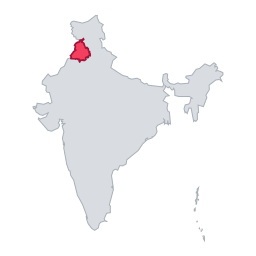 India, with Punjab highlighted
{"feature_id": "IND-3249", "entity_name": "Punjab", "entity_type": "State", "adm_level": 1, "iso_a3": "IND", "parent_name": "India", "parent_adm1": "", "projection": "natural_earth1", "projection_center": [75.648, 31.038], "detail": "fine", "context": "in_parent", "style": "filled", "palette": "rose", "viewbox_px": 256, "rotation_deg": 0, "n_neighbors": 0, "source": "natural_earth", "source_scale": "10m", "svg_char_len": 6654}
<svg xmlns="http://www.w3.org/2000/svg" viewBox="0 0 256 256"><path d="M33.0,106.8L36.7,105.9L37.1,103.2L43.8,104.3L48.3,102.4L49.8,103.8L52.0,102.5L49.5,92.5L47.0,92.2L45.9,90.6L46.3,86.0L42.1,84.1L42.4,81.1L48.1,74.0L50.6,76.5L57.6,74.5L60.7,68.3L64.4,66.1L67.5,59.0L70.3,57.8L70.9,55.1L75.6,50.4L74.9,49.2L75.1,44.2L80.1,41.1L79.5,39.9L76.0,38.9L75.8,36.8L73.9,36.8L73.5,35.0L71.6,33.5L72.6,31.0L71.5,29.3L73.2,27.5L71.0,26.5L71.5,25.2L70.3,24.1L71.4,22.0L73.6,21.1L82.5,23.1L88.1,21.3L95.8,15.4L97.3,15.5L97.1,17.3L99.2,22.3L103.3,24.7L101.7,27.0L102.3,31.0L104.4,33.6L105.0,38.9L103.1,40.0L101.7,38.1L99.7,38.7L101.9,43.1L102.0,48.1L104.4,47.5L106.9,50.7L111.1,52.3L111.4,54.0L116.7,57.2L112.8,60.6L110.8,67.7L122.4,75.3L127.8,76.8L128.2,78.0L131.8,79.2L137.0,78.2L140.4,79.7L141.0,81.8L144.6,84.0L146.8,83.3L148.3,85.2L162.7,86.9L163.7,84.2L162.4,81.0L163.3,74.6L166.1,73.5L167.6,74.2L167.3,78.0L168.3,79.6L167.3,80.7L170.1,83.5L174.1,84.4L177.9,82.9L180.5,83.9L188.6,83.2L189.1,79.8L185.8,77.7L186.0,76.1L191.9,75.2L196.2,69.3L199.5,68.5L204.9,63.9L209.9,66.1L214.0,62.8L216.1,64.4L214.7,65.7L214.8,67.0L216.7,66.0L217.8,68.2L215.9,71.0L218.0,70.6L222.8,72.5L223.0,74.7L220.1,77.5L221.8,81.2L219.3,79.5L215.8,80.0L209.1,85.2L209.3,89.6L205.9,95.3L206.9,97.4L203.4,106.6L198.1,105.1L198.6,112.4L197.3,113.2L197.4,119.5L195.9,121.4L194.6,120.3L193.7,121.5L191.1,108.1L189.0,108.1L187.2,113.6L185.9,111.9L185.1,112.7L184.0,108.9L185.2,104.9L188.6,104.1L190.0,102.4L190.7,98.7L192.2,98.2L189.4,96.5L178.9,96.5L174.9,95.5L174.7,90.4L173.6,88.3L172.9,89.9L171.7,89.9L169.3,86.7L168.1,87.9L165.1,85.5L165.6,87.0L163.3,90.8L169.1,95.7L165.9,96.3L163.2,100.7L167.9,103.5L167.0,108.2L168.1,111.5L169.4,112.0L170.5,124.0L169.2,123.3L168.5,124.6L167.7,120.4L167.4,124.0L165.5,123.2L164.4,124.2L164.8,120.2L163.1,118.4L164.6,120.4L163.2,122.7L157.7,125.2L156.1,127.3L157.0,131.5L155.6,134.6L153.1,137.0L152.2,136.6L152.1,137.8L147.9,139.4L147.4,137.9L145.7,138.9L145.3,140.2L147.0,139.9L142.6,143.9L138.3,150.4L126.8,159.8L126.1,164.0L122.9,165.8L119.7,165.7L117.7,170.2L115.4,169.2L113.1,170.6L111.5,175.6L113.3,188.0L112.3,186.2L111.6,187.1L113.5,189.0L109.3,205.0L110.3,205.9L110.3,212.7L106.7,213.2L104.2,218.6L104.8,220.5L107.4,221.6L104.5,221.0L100.8,222.2L99.2,223.9L98.3,227.9L94.7,230.3L91.7,228.4L88.2,223.8L86.7,219.5L86.1,215.8L87.6,218.9L86.8,215.9L82.6,204.6L77.4,195.2L73.7,180.1L70.8,175.6L70.0,171.0L69.0,170.6L66.8,164.7L63.7,147.7L64.6,144.7L64.4,143.7L63.5,145.0L63.3,144.2L63.3,142.5L64.5,142.7L63.2,142.0L62.4,138.3L63.9,131.7L62.2,126.3L62.9,125.5L62.1,125.6L65.4,123.3L61.7,123.7L62.7,121.6L61.5,121.5L61.7,120.1L63.4,119.5L59.3,119.2L59.9,120.6L58.3,122.7L59.7,125.0L58.2,128.0L51.6,131.2L48.0,130.4L38.2,119.1L38.7,117.9L40.2,119.1L46.1,116.8L48.2,112.8L42.8,115.4L40.0,114.7L36.1,112.0L34.7,109.0L37.0,106.8L33.5,108.8L33.0,106.8ZM196.6,203.3L195.3,200.6L196.9,197.9L197.2,189.0L198.6,187.5L197.5,192.3L198.2,195.4L197.4,196.2L196.6,203.3ZM204.4,236.8L204.5,240.6L203.3,238.6L204.4,236.8ZM195.2,210.9L194.3,211.0L194.2,209.4L195.2,208.2L195.2,210.9ZM201.3,230.7L201.3,231.8L201.0,230.8L201.3,230.7ZM202.3,229.2L202.0,230.7L202.1,229.1L202.3,229.2ZM203.5,235.5L203.1,236.6L202.9,236.2L203.5,235.5ZM197.4,221.7L196.8,221.8L197.1,221.2L197.4,221.7ZM196.3,203.8L195.7,204.4L196.0,203.5L196.3,203.8ZM198.5,199.3L198.8,200.4L198.1,199.6L198.5,199.3ZM199.7,228.9L199.2,228.7L199.4,228.1L199.7,228.9ZM196.4,192.2L196.1,193.4L196.3,192.1L196.4,192.2Z" fill="#d9dde1" stroke="#a8b0b8" stroke-width="1"/><path d="M79.9,41.6L80.0,41.3L80.0,41.1L80.2,40.9L80.3,40.7L80.2,40.6L80.1,40.3L79.9,40.2L80.1,40.1L80.5,40.2L80.8,40.0L81.1,40.4L81.4,40.1L81.7,39.9L81.9,39.7L82.4,39.7L82.5,39.6L82.7,39.4L82.7,39.2L83.1,39.0L83.2,38.9L83.3,38.9L83.4,38.7L83.5,38.8L83.8,39.4L83.8,39.5L83.5,39.7L83.0,40.1L82.7,40.4L82.6,40.5L82.4,40.7L82.0,40.8L81.9,40.8L81.9,41.0L82.0,41.3L82.2,41.2L82.2,41.3L82.1,41.6L81.7,42.1L81.8,42.3L82.2,42.3L82.4,42.4L82.5,42.4L82.8,42.5L83.1,42.7L83.5,42.9L83.6,43.0L83.9,43.5L84.2,44.0L83.9,44.1L83.9,44.3L84.9,46.2L85.2,47.3L85.3,47.7L85.3,47.9L85.4,48.0L85.6,48.1L85.8,48.2L86.0,48.1L86.3,47.9L86.5,47.9L86.4,47.5L86.5,47.4L86.8,47.4L87.1,47.9L87.2,48.2L87.2,48.3L87.3,48.3L87.4,48.2L87.5,48.3L87.8,48.5L88.0,48.5L88.0,48.4L88.1,48.5L88.1,48.8L88.3,48.8L88.4,49.0L88.3,49.3L88.3,49.6L88.4,49.8L88.3,50.1L88.4,50.4L88.4,50.5L88.6,50.7L88.9,50.9L89.0,51.1L89.3,51.4L89.4,51.5L89.6,51.8L89.8,51.9L89.8,52.0L89.7,52.1L89.6,52.3L89.4,52.2L89.2,52.2L88.9,52.4L88.9,52.5L89.1,52.8L89.4,53.2L89.5,53.2L89.8,53.2L89.9,53.4L90.0,53.5L90.2,53.8L90.2,54.1L90.3,54.4L90.3,54.5L90.2,54.6L90.2,55.0L90.3,55.4L90.2,55.6L89.9,55.2L89.5,55.2L89.4,55.1L89.1,55.2L89.1,55.3L89.0,55.5L89.1,55.8L88.6,56.2L88.3,56.3L88.0,56.4L88.0,56.5L87.9,56.6L87.9,56.8L88.0,56.7L88.3,56.6L88.3,56.8L88.5,56.9L88.5,57.1L88.5,57.3L88.4,57.4L88.2,57.5L87.8,57.8L87.6,57.8L87.4,57.7L87.2,57.5L87.2,57.4L87.1,57.1L86.9,57.1L86.9,57.3L87.0,57.3L86.9,57.5L86.6,57.4L86.5,57.6L86.3,57.7L86.1,57.6L85.9,57.4L85.7,57.5L85.8,57.7L86.0,57.7L86.0,57.8L85.9,57.9L85.8,58.0L85.7,58.3L85.6,58.7L85.6,58.9L85.6,59.1L85.7,59.3L85.8,59.4L85.9,59.5L85.6,59.7L85.4,59.9L85.2,59.9L85.0,60.1L84.7,60.4L84.4,60.4L84.1,60.6L83.8,60.5L83.7,60.5L83.6,60.4L83.5,60.1L83.3,59.9L83.1,59.8L82.9,59.9L82.7,60.0L82.5,60.3L82.2,60.3L81.9,60.4L81.7,60.3L81.4,60.2L80.9,60.0L80.7,60.2L80.6,60.4L80.4,60.7L80.4,60.8L80.2,61.0L79.9,61.4L79.8,61.5L79.9,61.8L79.7,61.9L79.6,62.0L79.5,61.9L79.4,61.5L79.2,61.3L79.2,61.2L79.2,60.9L79.3,60.8L79.3,60.6L79.5,60.5L79.4,60.3L79.3,60.1L79.2,59.8L78.9,60.1L78.6,59.9L78.6,59.6L78.6,59.4L78.6,59.2L78.4,59.3L78.1,59.5L77.9,59.5L77.6,59.2L77.4,58.9L76.9,58.8L76.8,58.6L76.5,58.7L76.2,58.7L76.1,58.8L75.8,58.9L75.7,59.2L75.2,59.0L74.8,58.9L74.0,58.8L73.4,58.8L71.0,58.7L70.8,58.6L70.8,58.2L71.3,57.4L71.3,57.2L71.2,56.9L71.1,56.5L70.9,56.1L70.8,55.9L70.5,55.7L70.8,55.4L70.9,55.2L71.0,55.2L71.5,54.7L71.8,54.4L71.9,54.1L71.9,53.9L72.0,53.7L72.2,53.4L72.4,53.4L72.5,53.3L72.6,53.1L72.8,52.9L72.9,52.7L73.0,52.5L73.2,52.3L73.2,52.1L73.3,52.0L73.5,51.9L73.5,51.6L73.7,51.4L74.0,51.5L74.2,51.4L74.3,51.2L74.5,51.0L74.9,50.9L75.2,50.6L75.3,50.3L75.4,50.2L75.8,50.0L75.6,49.8L75.5,49.7L75.4,49.7L75.1,49.8L75.0,49.7L74.8,49.5L74.8,49.4L74.8,49.1L74.9,48.8L74.9,48.4L75.0,48.3L75.2,47.6L75.5,47.2L75.5,46.9L75.3,46.6L75.1,45.8L74.8,45.1L74.7,45.1L74.8,44.9L74.9,44.7L75.0,44.6L75.0,44.3L75.1,44.2L75.7,43.7L75.8,43.6L76.0,43.2L76.5,43.3L76.6,43.2L76.8,42.8L76.9,42.6L77.2,42.7L77.3,42.6L77.5,42.6L77.8,42.5L77.9,42.3L78.0,42.3L78.1,42.0L78.6,42.2L78.8,42.1L79.1,42.1L79.1,41.9L79.4,41.7L79.6,41.6L79.9,41.6Z" fill="#f43f5e" stroke="#9f1239" stroke-width="1.5"/></svg>